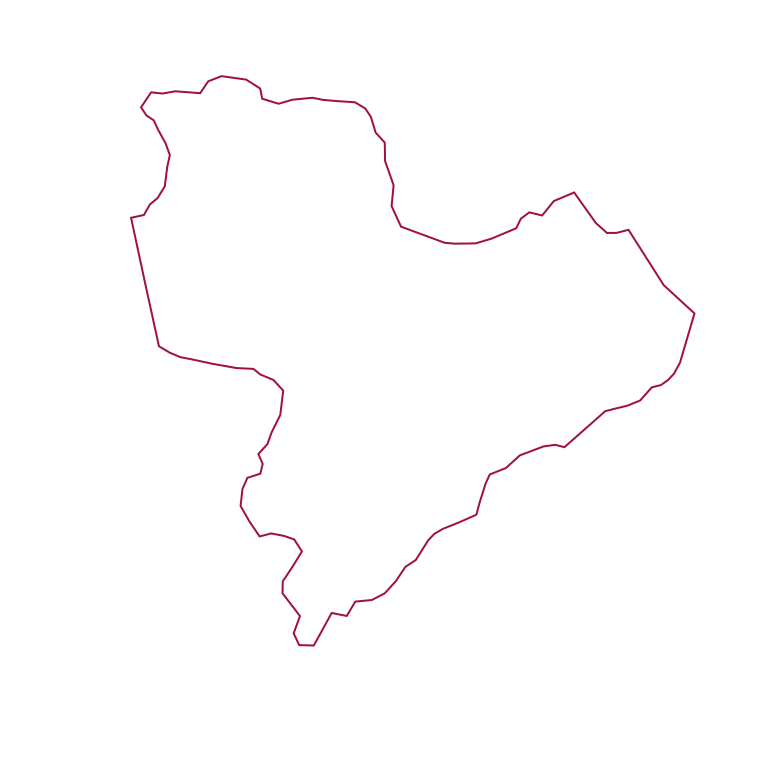 the district of Santa Cruz, Paraíba, Brazil, rotated 191°
{"feature_id": "56859067B91012159546278", "entity_name": "Santa Cruz", "entity_type": "district", "adm_level": 2, "iso_a3": "BRA", "parent_name": "Brazil", "parent_adm1": "Paraíba", "projection": "orthographic", "projection_center": [-38.047, -6.532], "detail": "fine", "context": "isolated", "style": "outline", "palette": "rose", "viewbox_px": 768, "rotation_deg": 191, "n_neighbors": 0, "source": "geoboundaries", "source_scale": "gbopen_adm2", "svg_char_len": 1556}
<svg xmlns="http://www.w3.org/2000/svg" viewBox="0 0 768 768"><g transform="rotate(191 384 384)"><path d="M343.4,178.6L334.7,192.8L328.1,208.6L319.2,217.3L310.8,239.0L306.0,246.5L298.5,253.1L284.8,261.9L268.4,273.3L267.5,286.0L265.3,305.5L262.9,315.4L248.3,324.8L237.0,339.9L215.6,353.1L204.3,357.0L194.8,356.4L161.7,399.5L152.8,403.7L140.9,409.2L129.4,416.7L120.5,431.8L112.1,435.7L105.8,442.3L101.3,449.5L97.5,461.6L92.7,512.5L128.3,534.4L173.4,582.0L184.6,576.7L193.9,574.8L206.7,582.4L233.9,608.3L252.2,596.0L260.9,579.6L274.1,580.2L281.2,572.4L283.9,562.1L306.4,547.1L321.0,539.5L341.1,535.3L351.5,534.2L397.3,541.7L410.5,560.1L412.5,580.9L425.5,603.1L429.3,621.1L440.1,629.1L447.9,643.8L455.0,650.9L466.2,655.0L483.7,652.8L497.6,651.3L508.9,651.3L528.1,645.6L540.9,639.0L558.0,640.8L561.9,650.4L577.4,656.5L602.2,655.2L614.3,647.6L619.9,634.4L644.8,631.5L656.7,626.9L668.2,625.9L675.3,609.2L668.3,602.2L660.3,598.9L654.7,591.0L644.4,578.7L637.9,567.9L638.2,555.9L636.9,536.2L641.7,523.4L648.1,515.5L651.9,504.1L664.0,498.9L637.0,435.7L612.1,378.1L600.4,373.9L589.1,371.5L576.3,371.5L555.9,371.1L531.9,371.5L515.1,373.9L507.1,369.7L493.4,366.9L481.7,358.3L479.9,333.8L485.0,315.4L487.0,302.7L494.0,291.3L487.8,282.3L488.3,272.4L500.2,265.8L502.9,254.0L501.5,236.9L489.8,223.3L477.0,210.6L466.2,215.8L453.1,215.8L442.5,214.3L432.6,204.0L438.6,188.0L445.7,170.9L443.7,159.2L422.2,140.2L425.1,122.0L417.4,111.5L403.0,113.9L398.8,127.0L391.7,149.2L376.3,149.2L370.7,164.9L354.8,169.6L343.4,178.6Z" fill="none" stroke="#9f1239" stroke-width="2"/></g></svg>